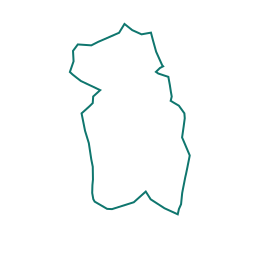 the district of Kateila, Southern Darfur, Sudan, rotated 339°
{"feature_id": "16777658B63879676437189", "entity_name": "Kateila", "entity_type": "district", "adm_level": 2, "iso_a3": "SDN", "parent_name": "Sudan", "parent_adm1": "Southern Darfur", "projection": "robinson", "projection_center": [24.324, 11.019], "detail": "fine", "context": "isolated", "style": "outline", "palette": "teal", "viewbox_px": 256, "rotation_deg": 339, "n_neighbors": 0, "source": "geoboundaries", "source_scale": "gbopen_adm2", "svg_char_len": 982}
<svg xmlns="http://www.w3.org/2000/svg" viewBox="0 0 256 256"><g transform="rotate(339 128 128)"><path d="M183.6,47.2L174.2,45.4L167.0,38.1L162.0,29.6L153.8,35.9L131.0,36.9L123.4,37.7L111.1,32.0L104.3,36.3L101.1,46.2L93.8,54.9L95.5,58.3L98.4,63.2L100.9,67.3L115.6,82.7L106.8,86.1L104.0,92.1L99.6,94.0L89.9,97.7L86.9,115.2L86.0,128.1L82.5,144.0L81.2,151.6L76.8,163.6L74.3,168.6L71.3,175.8L70.1,182.0L70.5,184.8L79.5,196.0L84.0,198.0L106.8,199.4L121.8,193.7L123.6,202.7L133.3,216.0L143.5,226.4L146.5,221.9L150.2,218.2L155.3,208.1L156.9,205.5L160.8,199.3L163.8,194.5L165.7,191.7L167.3,189.2L169.1,186.4L171.3,182.9L175.1,176.9L175.8,175.7L175.3,161.2L175.1,156.2L180.3,146.9L184.5,139.2L185.9,134.5L183.5,125.4L179.5,120.4L177.7,118.0L177.6,117.9L180.1,114.3L181.0,109.6L182.5,102.7L183.2,98.9L184.0,94.7L180.3,91.7L175.8,88.0L174.2,85.6L179.4,83.4L182.9,83.0L182.4,81.6L182.2,78.0L181.6,66.9L182.7,55.4L183.6,47.2L183.6,47.2Z" fill="none" stroke="#0f766e" stroke-width="2"/></g></svg>